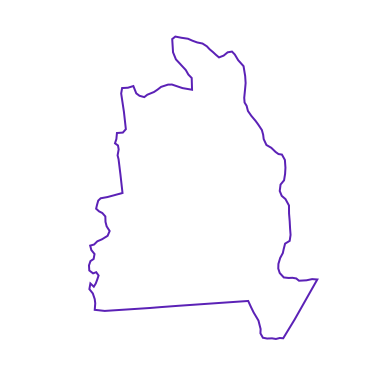 São Sebastião, Alagoas, Brazil, rotated 353°
{"feature_id": "56859067B68585195821070", "entity_name": "São Sebastião", "entity_type": "district", "adm_level": 2, "iso_a3": "BRA", "parent_name": "Brazil", "parent_adm1": "Alagoas", "projection": "natural_earth1", "projection_center": [-36.551, -9.955], "detail": "fine", "context": "isolated", "style": "outline", "palette": "violet", "viewbox_px": 384, "rotation_deg": 353, "n_neighbors": 0, "source": "geoboundaries", "source_scale": "gbopen_adm2", "svg_char_len": 1908}
<svg xmlns="http://www.w3.org/2000/svg" viewBox="0 0 384 384"><g transform="rotate(353 192 192)"><path d="M146.7,79.7L141.1,80.7L135.3,80.3L133.7,85.6L134.2,104.2L134.0,121.6L130.6,124.6L124.7,124.3L123.4,130.2L121.5,134.3L124.2,136.8L124.4,140.8L122.6,146.6L123.1,150.5L123.1,166.2L122.9,184.5L107.5,186.7L100.6,187.1L97.9,189.1L96.2,193.1L94.8,196.9L97.4,199.9L100.4,201.9L103.0,205.7L102.5,211.1L103.1,215.7L105.5,220.7L102.9,225.2L96.8,228.0L92.0,229.4L88.4,232.2L84.4,232.8L85.0,237.3L87.7,241.7L86.2,246.5L82.8,248.2L80.8,252.3L80.5,257.4L83.9,260.7L87.1,259.9L89.1,263.5L87.2,267.5L85.3,271.1L83.0,274.0L80.0,270.4L78.3,275.9L81.2,280.6L82.4,286.5L82.4,290.7L81.1,297.1L90.9,299.4L136.2,302.0L146.2,302.4L164.9,303.3L215.8,306.0L234.5,307.0L236.5,313.3L238.5,319.1L242.3,327.7L243.4,336.4L242.7,340.6L244.6,345.3L248.7,346.6L253.6,347.0L257.4,348.1L261.3,347.6L264.7,348.3L278.3,331.1L305.7,294.1L300.6,293.1L294.8,293.6L287.4,293.1L284.9,290.5L281.2,289.4L277.4,289.1L272.7,288.0L269.2,283.1L268.3,278.5L269.0,273.9L271.5,268.2L274.7,263.7L276.1,259.7L278.1,254.6L283.0,252.4L284.6,246.6L284.9,240.2L285.4,233.0L285.7,225.2L286.6,217.2L283.9,210.4L280.6,206.8L279.2,201.7L280.8,195.4L284.8,191.6L286.6,185.4L287.7,179.3L288.1,171.5L285.8,165.8L282.5,164.9L279.8,162.4L276.1,157.8L271.6,154.4L269.6,148.2L269.6,143.8L268.9,139.0L266.1,133.4L263.9,129.4L260.2,123.7L257.4,118.4L256.7,113.1L255.1,109.6L255.3,104.9L257.3,96.0L258.5,90.4L258.9,83.4L258.7,78.4L258.5,73.4L253.9,66.8L251.2,60.7L248.8,57.5L244.4,57.7L240.0,60.5L235.2,61.7L232.5,58.8L229.8,55.6L226.9,52.5L224.5,49.2L220.5,45.9L215.4,44.2L210.9,41.9L206.7,39.4L200.2,37.6L194.4,35.7L191.0,37.8L190.2,51.0L192.2,58.4L200.7,70.2L202.7,75.0L205.6,78.8L204.5,90.5L195.2,87.7L185.2,82.9L181.3,82.5L174.1,83.9L170.4,86.1L166.5,88.1L159.5,90.0L156.2,92.0L151.6,90.1L148.7,87.3L146.7,79.7Z" fill="none" stroke="#5b21b6" stroke-width="2"/></g></svg>